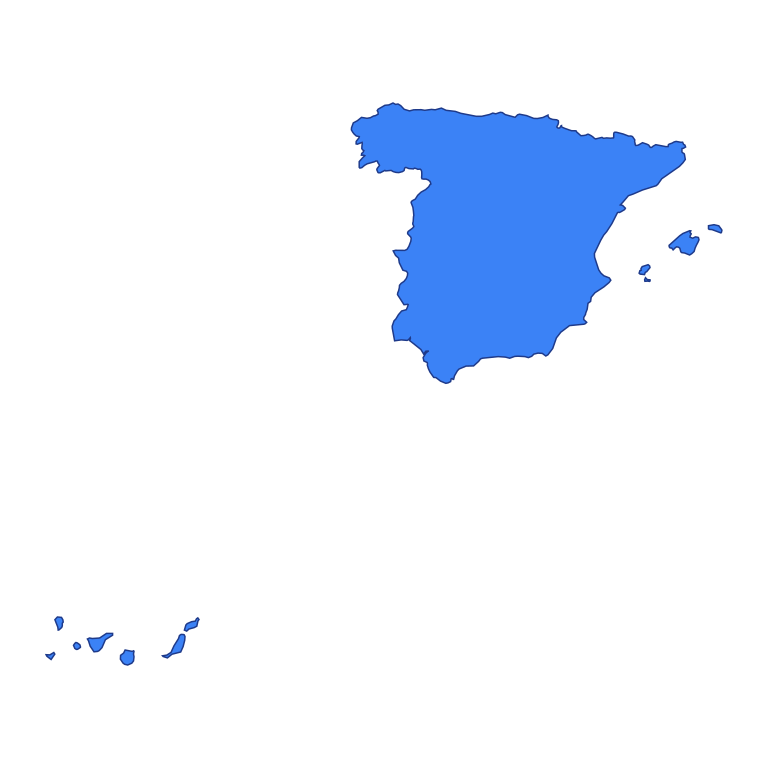 SVG path tracing the border of Spain
{"feature_id": "ESP", "entity_name": "Spain", "entity_type": "country or territory", "adm_level": 0, "iso_a3": "ESP", "parent_name": "Europe", "parent_adm1": "", "projection": "orthographic", "projection_center": [-5.186, 35.705], "detail": "fine", "context": "isolated", "style": "filled", "palette": "blue", "viewbox_px": 768, "rotation_deg": 0, "n_neighbors": 0, "source": "natural_earth", "source_scale": "50m", "svg_char_len": 6102}
<svg xmlns="http://www.w3.org/2000/svg" viewBox="0 0 768 768"><path d="M548.0,115.1L548.1,116.4L549.2,118.0L550.3,118.6L552.6,119.4L556.7,119.8L558.3,120.7L558.5,122.3L558.2,124.0L556.8,126.9L557.3,127.6L558.2,128.1L559.7,128.0L561.0,125.8L561.5,125.6L561.5,126.3L561.9,127.1L564.9,128.4L571.4,130.7L576.0,130.8L576.6,131.9L580.9,135.7L583.7,135.5L585.9,135.1L587.4,134.3L588.5,134.3L591.0,135.6L592.9,136.9L594.5,138.4L595.6,138.9L602.0,137.4L603.5,138.3L606.7,137.9L610.4,138.2L613.5,137.9L613.7,137.4L613.7,133.8L614.1,132.6L614.8,132.2L616.6,132.3L623.2,134.0L628.7,136.1L630.9,136.0L632.5,136.6L634.8,139.9L634.6,141.6L635.1,143.4L635.2,144.7L635.8,145.5L638.1,145.2L642.5,142.7L646.7,144.1L648.6,145.0L650.3,147.4L651.6,147.4L653.2,146.1L655.8,144.7L665.8,146.6L668.1,146.6L668.4,144.7L669.2,144.1L672.1,143.1L674.0,142.0L676.1,141.4L681.0,142.3L682.6,142.2L683.6,144.4L684.9,145.1L685.6,147.0L683.4,148.3L682.0,148.5L681.9,151.9L682.7,152.8L684.1,153.6L684.5,154.6L685.3,159.5L682.9,162.8L679.4,166.4L661.8,178.7L657.8,184.3L656.2,185.7L642.5,190.0L633.0,194.1L628.4,195.7L622.9,202.2L620.3,204.9L622.6,205.4L625.4,208.2L624.6,209.6L620.9,211.8L619.3,212.5L618.4,212.3L617.5,212.6L611.9,223.6L606.7,231.6L603.7,235.1L600.7,240.3L594.4,253.5L594.6,257.2L598.7,269.8L600.9,273.1L603.9,275.8L609.3,277.9L610.8,280.2L609.1,282.5L604.0,286.8L595.0,292.7L591.2,297.2L590.6,301.4L588.0,303.3L587.2,309.2L585.7,313.1L585.5,314.4L583.8,317.4L583.7,319.5L586.7,322.3L585.4,323.6L584.0,324.2L569.5,325.6L560.8,332.2L556.4,337.9L552.7,348.5L547.9,354.8L545.8,356.0L542.3,353.4L538.0,353.1L533.9,354.1L531.7,356.3L528.4,357.6L525.0,356.6L517.9,356.2L514.7,356.4L509.7,358.2L505.4,357.1L498.2,356.6L482.5,358.2L480.5,358.9L478.6,361.4L473.6,365.9L466.0,366.1L459.1,369.0L457.4,370.8L454.5,375.8L453.6,379.4L453.0,379.4L452.2,378.5L451.2,378.8L450.6,381.6L448.0,382.9L445.8,383.3L440.5,381.1L436.0,377.6L433.7,377.4L430.0,372.1L428.4,368.7L427.3,365.1L427.5,363.7L427.2,362.5L423.9,361.0L423.1,357.7L425.6,353.4L427.6,351.6L428.8,351.0L425.8,351.2L423.6,354.0L420.9,349.5L409.7,340.6L410.4,338.6L410.3,337.6L408.4,339.8L407.1,340.4L401.3,339.9L394.6,340.8L392.3,328.3L392.2,326.1L394.0,320.9L395.9,318.9L398.5,314.6L401.6,311.0L406.3,309.7L407.5,307.0L408.2,304.6L407.8,304.3L404.0,304.7L397.5,294.6L397.7,293.0L398.6,290.7L399.3,287.7L399.5,285.3L401.2,283.3L404.0,281.4L406.3,278.5L407.4,275.7L407.7,273.1L406.5,271.3L402.9,270.2L399.3,262.8L398.6,258.1L395.6,255.5L393.2,250.9L395.5,250.3L404.8,250.4L407.1,249.3L408.9,246.3L410.8,241.3L411.2,238.3L410.7,237.0L407.7,233.8L407.6,232.9L408.1,231.5L412.5,228.2L413.8,226.7L413.5,225.5L412.8,224.2L412.8,223.1L413.2,221.6L413.5,216.7L413.8,215.5L413.4,211.0L412.9,207.3L411.1,202.6L411.4,201.6L412.3,200.7L415.3,199.1L417.7,195.3L421.1,192.1L425.6,189.6L428.7,186.8L430.0,184.6L430.9,184.0L430.1,181.5L428.3,180.0L426.1,179.1L423.5,179.1L422.0,178.8L421.6,177.7L421.8,174.6L421.7,171.6L421.2,170.1L420.1,169.1L417.8,169.3L415.8,168.4L414.3,168.2L413.4,168.9L409.0,168.6L405.9,167.4L405.0,167.8L404.6,168.3L404.1,170.5L402.5,171.6L398.8,172.6L395.9,172.4L393.2,171.6L391.1,170.4L385.6,170.9L384.9,170.4L380.2,172.8L378.6,172.8L378.0,172.5L376.8,169.8L377.1,168.6L379.5,165.4L379.2,164.6L378.4,163.6L377.6,162.0L377.4,161.2L376.0,161.0L374.4,161.8L367.2,163.8L364.6,165.3L361.9,167.6L359.9,168.1L359.2,167.3L359.2,161.6L362.5,157.9L364.8,155.7L363.8,155.2L361.4,155.2L361.7,153.4L362.8,152.6L363.9,150.7L362.7,149.9L361.8,148.6L362.0,145.2L362.3,143.9L362.1,142.4L357.3,144.2L356.1,143.9L356.2,141.4L359.0,137.8L359.3,136.6L356.3,136.0L354.1,134.0L352.8,132.3L351.4,129.9L351.5,127.8L353.3,122.9L357.4,120.7L361.5,117.4L367.0,118.3L370.4,117.7L373.5,116.0L375.3,115.7L378.1,114.2L378.1,112.2L377.2,110.6L378.1,109.2L384.9,105.3L388.9,104.9L393.0,103.0L395.6,104.4L398.0,104.0L400.7,105.6L404.2,109.3L409.5,110.9L413.7,109.8L421.1,109.7L424.8,110.3L431.5,109.4L435.2,109.8L441.4,108.1L446.1,110.3L455.3,111.4L460.8,113.3L476.2,116.3L481.7,116.3L489.5,114.5L492.8,113.1L495.8,113.8L500.3,112.3L502.4,112.6L505.2,114.6L515.1,117.3L517.6,114.8L519.5,114.2L526.6,115.6L533.8,118.4L537.5,118.5L542.9,117.5L548.0,115.1ZM690.0,237.2L692.7,238.2L695.4,236.9L696.9,237.1L698.4,237.5L699.0,239.8L697.9,242.4L696.4,245.2L695.1,248.1L694.1,251.5L691.7,253.7L689.6,255.0L684.6,253.0L681.7,252.6L680.8,251.8L679.8,248.2L678.5,247.2L676.6,246.8L675.1,247.9L673.1,249.9L671.8,248.1L670.0,247.9L669.2,246.8L669.1,245.3L679.8,235.7L682.9,233.5L689.7,230.7L690.8,230.9L690.0,232.3L690.2,232.9L691.1,233.5L691.0,234.5L690.2,235.5L690.0,237.2ZM105.4,639.7L102.0,647.6L99.3,650.5L97.7,651.4L94.0,651.8L90.2,646.2L88.5,640.8L87.4,639.0L89.5,638.0L92.3,638.5L98.5,638.1L99.8,637.9L106.5,633.4L112.6,633.4L112.6,635.2L105.4,639.7ZM172.0,654.2L167.4,657.9L163.1,656.5L162.5,655.8L166.8,655.1L171.0,652.4L174.0,645.8L178.5,638.6L179.5,635.5L181.1,634.4L183.3,634.5L184.2,634.8L185.0,636.5L184.7,640.4L183.1,646.6L180.7,652.0L172.0,654.2ZM134.0,651.2L133.5,654.0L134.0,656.8L133.5,661.0L131.8,663.2L127.7,665.0L124.7,664.3L123.1,663.2L120.4,659.2L120.6,655.3L123.6,653.1L125.1,650.0L132.3,651.4L133.5,650.8L134.0,651.2ZM189.0,629.0L186.7,631.1L184.4,630.1L185.9,625.0L187.2,623.6L191.6,621.7L195.3,621.1L196.5,618.8L197.8,617.9L199.0,619.5L197.9,621.1L196.8,626.2L194.2,627.6L189.0,629.0ZM721.4,232.5L720.9,232.9L712.0,229.6L709.2,229.4L708.5,228.8L708.5,225.7L714.0,224.7L718.8,225.8L721.7,229.7L721.9,230.4L721.4,232.5ZM59.0,629.9L58.2,630.1L57.8,627.1L54.9,619.7L57.4,617.0L61.5,617.4L62.9,619.8L63.2,622.1L62.3,623.2L62.3,625.9L61.7,627.5L59.0,629.9ZM645.3,272.3L644.5,274.6L640.1,274.1L639.1,273.2L639.9,270.6L641.1,270.3L641.0,268.5L642.2,266.6L648.1,264.7L649.6,265.9L650.0,267.6L646.7,271.7L645.3,272.3ZM77.6,649.3L76.3,649.4L74.8,648.4L73.5,645.3L74.8,643.4L75.9,642.5L77.3,642.9L79.8,644.7L80.4,646.4L80.4,647.4L77.6,649.3ZM54.8,654.1L51.1,659.5L47.6,656.8L46.7,656.0L46.1,654.7L49.8,654.9L53.8,652.5L54.8,654.1ZM650.1,280.9L649.5,281.4L647.6,281.1L644.9,281.3L644.6,279.8L645.5,277.7L647.3,279.6L650.0,279.8L650.1,280.9Z" fill="#3b82f6" stroke="#1e3a8a" stroke-width="1.5"/></svg>